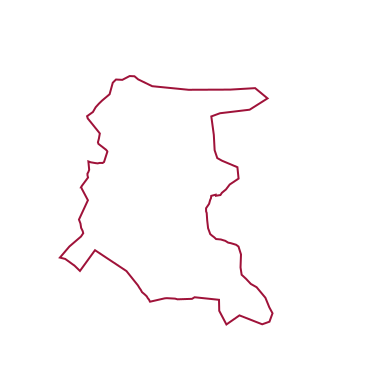 outline of Nguru, Yobe, Nigeria, rotated 27°
{"feature_id": "59680162B38485988708032", "entity_name": "Nguru", "entity_type": "district", "adm_level": 2, "iso_a3": "NGA", "parent_name": "Nigeria", "parent_adm1": "Yobe", "projection": "albers", "projection_center": [10.371, 12.983], "detail": "fine", "context": "isolated", "style": "outline", "palette": "rose", "viewbox_px": 384, "rotation_deg": 27, "n_neighbors": 0, "source": "geoboundaries", "source_scale": "gbopen_adm2", "svg_char_len": 1846}
<svg xmlns="http://www.w3.org/2000/svg" viewBox="0 0 384 384"><g transform="rotate(27 192 192)"><path d="M65.7,173.7L65.8,173.8L66.2,174.0L66.6,174.2L67.4,174.5L68.6,175.1L69.6,175.5L70.9,176.1L80.7,180.5L83.3,181.7L84.8,186.7L85.6,190.4L86.8,191.6L96.3,193.4L97.9,194.1L98.3,194.5L98.6,196.5L100.0,205.2L99.2,206.7L96.4,208.1L95.0,209.3L92.8,210.1L88.3,211.5L85.8,211.8L90.3,218.9L90.6,221.3L90.5,223.1L91.3,224.6L92.8,226.3L91.1,236.4L91.0,237.2L91.0,237.4L91.0,237.5L91.1,237.4L91.2,237.5L91.2,237.8L91.2,238.0L91.3,238.2L91.6,238.6L103.0,246.6L103.8,267.9L107.0,270.8L109.5,274.3L112.3,276.4L113.8,278.1L113.3,282.1L107.5,296.2L104.1,310.4L109.4,309.2L120.9,311.0L128.0,313.2L132.0,287.9L169.5,292.2L181.2,297.5L186.1,299.7L189.2,301.6L190.6,302.3L192.9,303.9L196.3,304.7L199.0,305.5L201.2,306.9L202.4,307.3L203.8,308.4L204.4,308.8L216.0,299.1L217.8,298.0L225.3,294.7L227.8,294.2L240.5,287.2L242.1,284.6L265.0,275.8L270.2,285.5L282.8,294.4L290.3,280.4L314.6,278.0L319.9,272.4L318.8,263.5L313.3,259.7L305.4,252.9L292.8,247.5L286.1,247.2L279.5,244.8L273.8,243.2L269.5,237.2L264.0,225.4L258.2,219.5L255.3,219.0L252.4,219.5L249.7,220.0L247.2,220.7L243.8,220.4L241.7,220.8L239.3,221.2L237.0,222.1L234.8,223.0L232.5,222.3L229.7,221.8L227.3,221.2L225.0,219.0L222.8,217.0L218.5,210.5L214.6,204.0L213.4,202.9L211.9,200.1L212.6,194.8L211.8,190.9L211.7,188.9L210.9,186.7L214.4,183.6L215.0,184.5L218.7,181.8L219.0,179.1L221.1,174.3L222.2,168.2L227.4,158.9L221.2,149.3L204.6,150.5L199.1,150.3L193.2,144.5L185.5,131.2L174.9,115.9L181.2,109.1L206.0,92.5L216.8,74.3L201.1,70.8L179.6,83.4L142.5,102.5L108.5,115.8L92.9,116.1L88.2,115.0L83.8,117.0L79.0,123.7L73.2,126.3L71.8,130.6L74.2,142.3L70.4,151.3L68.9,155.7L67.7,160.2L67.4,165.7L64.1,172.1L64.7,172.7L65.0,172.9L65.2,173.3L65.5,173.6L65.7,173.7Z" fill="none" stroke="#9f1239" stroke-width="2"/></g></svg>